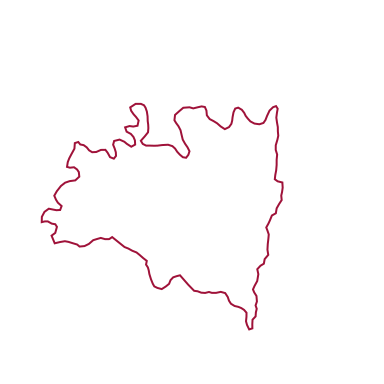 Quilombo, Santa Catarina, Brazil, rotated 213°
{"feature_id": "56859067B6043362260272", "entity_name": "Quilombo", "entity_type": "district", "adm_level": 2, "iso_a3": "BRA", "parent_name": "Brazil", "parent_adm1": "Santa Catarina", "projection": "natural_earth1", "projection_center": [-52.706, -26.741], "detail": "fine", "context": "isolated", "style": "outline", "palette": "rose", "viewbox_px": 384, "rotation_deg": 213, "n_neighbors": 0, "source": "geoboundaries", "source_scale": "gbopen_adm2", "svg_char_len": 3134}
<svg xmlns="http://www.w3.org/2000/svg" viewBox="0 0 384 384"><g transform="rotate(213 192 192)"><path d="M196.3,266.6L198.7,262.6L203.6,262.6L208.4,263.3L212.6,263.2L216.9,262.8L221.3,264.4L224.3,268.2L227.5,270.3L230.6,269.0L233.5,266.0L236.5,262.8L240.2,261.7L245.2,257.9L246.7,252.9L248.2,247.4L245.8,242.6L242.9,241.2L239.2,239.8L235.3,237.6L232.0,234.4L228.3,230.9L224.1,228.7L220.0,227.0L216.3,224.8L215.3,221.2L215.6,217.5L218.6,216.2L222.5,216.7L226.4,217.7L229.8,219.2L233.4,219.8L237.8,218.6L242.6,215.1L246.3,212.0L248.9,210.2L252.2,208.2L255.8,205.9L259.5,205.5L262.8,207.1L261.9,213.0L261.4,218.1L263.4,221.8L265.4,224.6L267.8,227.4L270.5,231.3L273.7,234.9L276.9,237.4L279.5,238.6L282.8,238.1L287.3,235.2L289.9,229.3L287.3,227.0L283.4,225.4L279.7,224.4L275.7,222.9L273.8,217.9L276.9,214.9L280.3,213.3L283.3,209.8L279.7,207.0L274.9,207.4L271.1,206.3L268.0,204.2L265.5,200.8L267.6,196.9L273.0,196.9L276.1,197.3L281.3,196.5L285.1,192.4L283.9,188.7L280.6,186.4L277.5,183.8L275.4,180.9L275.7,177.4L279.7,176.6L284.2,179.0L287.6,180.2L291.3,177.7L294.1,173.4L297.4,171.0L301.0,170.9L304.6,172.1L308.4,172.3L311.6,171.0L314.6,172.0L316.9,169.2L314.2,164.3L313.7,157.7L313.3,153.4L312.5,149.5L310.5,145.0L307.6,145.9L304.4,148.5L300.7,148.3L297.8,147.1L294.9,143.5L296.2,138.2L300.5,134.5L303.5,130.7L305.2,125.7L305.8,119.1L305.5,113.9L301.9,111.5L298.7,110.0L293.7,109.2L292.8,105.1L295.8,102.9L298.7,101.7L303.0,100.0L304.9,95.0L304.4,89.4L301.6,84.9L299.4,87.2L296.9,88.8L292.4,89.1L289.1,90.5L286.3,89.2L284.4,83.2L286.0,78.9L279.2,74.2L275.5,78.1L271.8,81.5L268.4,82.9L264.1,84.1L259.7,85.4L256.6,85.0L252.7,88.1L250.2,92.3L248.6,97.8L246.1,100.8L243.5,103.8L239.3,105.1L235.8,107.4L234.4,110.7L218.6,109.1L214.6,109.9L210.1,110.2L205.6,111.1L201.8,110.7L197.0,110.0L192.4,109.6L191.0,106.1L187.9,104.7L185.6,102.7L183.1,100.0L178.9,96.5L174.9,93.7L172.2,92.3L168.8,92.7L164.5,94.1L162.5,98.5L161.2,102.5L162.0,106.4L161.3,110.2L159.0,113.1L156.7,115.6L144.7,112.2L136.4,110.3L133.2,111.8L129.4,112.6L126.0,114.5L123.3,117.4L120.5,118.2L117.0,120.4L113.5,123.9L109.1,125.3L104.8,123.4L101.8,121.0L98.5,119.5L94.2,119.6L90.6,120.9L87.5,121.5L84.1,121.5L80.5,120.4L78.3,116.9L76.3,113.0L73.5,110.5L69.2,107.9L67.1,110.5L69.5,114.1L71.7,117.9L70.9,122.3L72.9,125.9L74.1,129.3L76.9,131.5L77.9,135.5L81.3,139.9L85.2,141.7L87.8,143.5L88.4,147.4L88.8,152.8L91.6,159.2L95.2,162.8L94.4,167.5L92.7,171.0L94.5,175.3L93.8,180.8L97.3,184.7L100.1,189.6L102.5,194.4L104.5,198.2L107.8,200.8L110.4,202.7L110.7,207.1L111.2,210.6L112.2,215.8L110.1,219.8L112.1,224.4L112.4,229.3L112.4,234.1L115.2,237.6L116.4,240.9L118.3,245.0L121.4,249.2L126.0,247.6L129.5,247.8L131.4,251.6L133.2,256.0L135.7,260.7L138.6,265.2L141.0,269.8L144.7,272.9L147.2,276.8L148.9,282.5L150.3,286.2L153.0,289.6L155.4,293.2L158.5,296.5L161.8,300.3L164.0,304.9L165.5,308.5L168.3,309.8L170.2,307.3L171.3,302.5L170.5,296.7L169.6,292.4L169.7,288.8L172.4,285.5L176.9,283.4L181.5,283.0L185.3,284.0L188.5,285.1L191.3,286.8L195.0,288.1L199.2,287.9L201.2,285.5L200.6,281.5L198.7,276.8L197.2,273.8L196.1,270.6L196.3,266.6Z" fill="none" stroke="#9f1239" stroke-width="2"/></g></svg>